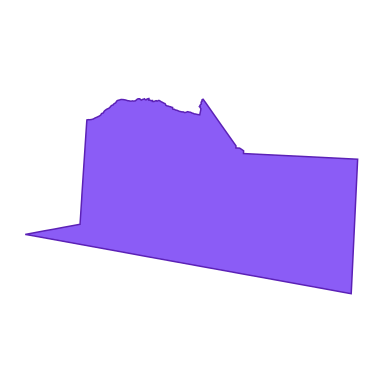 the district of Rivadavia, Córdoba, Argentina, rotated 93°
{"feature_id": "61730980B21057051979490", "entity_name": "Rivadavia", "entity_type": "district", "adm_level": 2, "iso_a3": "ARG", "parent_name": "Argentina", "parent_adm1": "Córdoba", "projection": "equal_earth", "projection_center": [-62.507, -30.072], "detail": "fine", "context": "isolated", "style": "filled", "palette": "violet", "viewbox_px": 384, "rotation_deg": 93, "n_neighbors": 0, "source": "geoboundaries", "source_scale": "gbopen_adm2", "svg_char_len": 2842}
<svg xmlns="http://www.w3.org/2000/svg" viewBox="0 0 384 384"><g transform="rotate(93 192 192)"><path d="M243.1,356.3L243.3,354.3L256.9,248.4L258.7,234.8L262.7,203.4L266.7,172.2L267.0,169.8L271.7,133.1L276.4,96.2L277.9,84.5L279.4,72.8L282.6,48.0L284.3,35.1L284.5,33.3L284.9,30.4L285.2,27.7L282.4,27.7L279.7,27.7L150.6,28.3L150.7,84.4L150.8,110.4L150.9,142.6L149.5,142.6L148.2,142.6L146.9,144.6L145.7,146.7L145.7,147.1L145.7,150.5L143.6,150.5L122.8,166.9L112.3,175.1L101.9,183.2L100.6,184.3L98.8,185.7L98.9,186.1L99.2,186.5L99.6,186.9L100.3,186.8L100.9,186.8L101.0,187.1L101.9,187.6L102.4,187.5L102.6,187.5L102.9,187.4L103.2,187.4L103.8,187.5L104.2,188.1L104.8,188.3L105.5,188.7L106.1,188.3L106.5,188.5L106.6,188.8L106.9,188.4L107.3,188.2L107.8,187.9L108.1,187.6L108.7,187.5L109.9,187.6L114.5,188.3L114.4,189.2L114.4,189.8L114.3,190.5L114.2,191.1L114.1,191.6L114.0,192.3L113.9,192.9L113.9,193.7L113.7,194.3L113.4,194.8L113.2,196.0L112.9,196.6L112.4,197.8L112.4,198.5L112.4,198.9L112.3,199.4L112.0,200.4L112.1,200.9L112.6,201.7L112.8,202.2L113.0,203.3L113.0,203.9L112.5,204.6L112.5,205.9L112.5,206.5L112.0,209.2L111.5,210.4L111.1,211.5L111.1,212.6L110.3,214.0L110.4,214.7L110.2,215.6L109.7,215.8L109.3,215.7L108.6,215.8L108.5,216.4L108.2,217.5L108.0,217.8L107.8,219.3L107.6,219.7L107.4,220.5L107.4,221.0L107.2,221.8L106.7,222.8L106.3,222.9L105.9,223.0L105.1,223.6L104.9,224.4L103.8,226.6L103.7,227.1L103.4,227.6L102.9,228.5L102.5,229.1L102.3,229.8L102.4,230.5L102.6,230.7L103.0,231.2L103.0,232.1L102.7,232.3L102.7,232.8L103.6,234.7L103.7,235.1L103.5,235.7L103.6,236.1L103.1,236.1L102.7,236.2L102.7,236.8L103.0,237.3L102.8,238.1L102.5,238.8L102.6,239.9L102.4,240.2L101.9,240.1L101.7,239.9L101.4,239.8L100.9,239.9L101.0,240.4L101.6,241.9L102.4,242.7L102.3,243.5L101.4,244.3L101.9,245.3L101.9,245.6L102.3,246.5L102.6,246.9L102.9,247.4L102.4,248.2L102.3,248.6L101.7,248.9L101.6,249.2L101.7,250.4L102.0,251.3L102.6,252.0L103.0,252.3L103.4,252.9L103.9,253.3L104.3,255.1L104.1,256.2L104.4,257.2L104.5,258.1L104.2,260.0L104.2,260.9L104.0,261.6L103.8,262.4L103.6,263.1L103.5,264.0L103.4,264.7L103.3,265.5L103.3,266.6L103.3,267.6L103.6,268.5L104.0,269.4L104.2,270.4L104.6,271.3L105.1,271.9L105.7,272.3L106.7,272.7L107.3,273.4L107.7,274.2L108.4,274.9L109.2,275.4L109.5,276.2L109.9,276.9L110.8,277.8L111.5,278.2L112.1,278.7L112.6,279.3L113.1,280.1L113.3,280.6L113.8,281.5L114.5,282.4L115.2,283.2L115.7,283.7L116.4,284.2L117.2,284.4L117.8,284.9L118.1,285.8L118.5,286.5L119.4,286.9L119.7,287.0L120.3,287.6L121.1,288.7L121.5,289.5L122.1,290.5L123.2,292.8L124.3,294.4L124.3,294.5L124.9,296.3L125.2,298.0L125.2,299.3L125.5,300.7L127.0,300.8L185.7,301.6L201.0,301.8L205.0,301.8L212.5,301.9L229.2,302.1L230.1,302.1L232.1,310.5L234.0,318.5L236.3,327.8L238.2,336.1L239.1,339.9L240.5,345.6L243.1,356.3Z" fill="#8b5cf6" stroke="#5b21b6" stroke-width="1.5"/></g></svg>